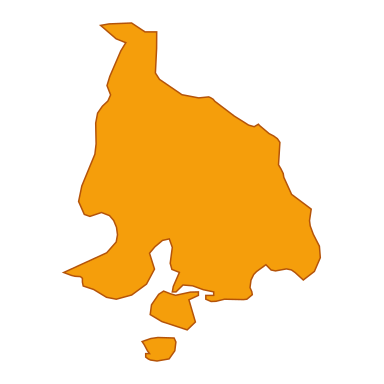 Valle, Mercator projection
{"feature_id": "HND-645", "entity_name": "Valle", "entity_type": "Department", "adm_level": 1, "iso_a3": "HND", "parent_name": "Honduras", "parent_adm1": "", "projection": "mercator", "projection_center": [-87.601, 13.55], "detail": "fine", "context": "isolated", "style": "filled", "palette": "amber", "viewbox_px": 384, "rotation_deg": 0, "n_neighbors": 0, "source": "natural_earth", "source_scale": "10m", "svg_char_len": 1754}
<svg xmlns="http://www.w3.org/2000/svg" viewBox="0 0 384 384"><path d="M89.9,216.4L84.3,214.4L78.6,201.5L81.8,186.0L94.9,154.2L96.1,143.9L95.7,123.1L97.6,113.1L102.4,106.2L107.9,101.0L110.6,94.9L107.0,85.6L109.8,76.4L120.8,50.9L125.8,42.7L116.1,38.8L100.6,25.4L109.1,23.9L131.6,23.0L145.0,31.9L156.7,31.9L156.6,48.4L155.4,73.0L159.5,79.4L181.9,94.7L198.7,97.9L208.7,96.9L210.6,97.7L213.2,99.3L214.8,101.3L234.3,116.1L248.6,125.1L254.2,126.7L258.4,124.2L259.5,125.5L269.1,133.6L273.7,136.0L277.4,138.7L279.9,142.4L278.5,164.8L281.0,169.0L283.2,173.5L283.8,177.3L291.6,194.4L311.2,209.1L309.5,220.6L310.2,225.9L313.3,234.3L319.4,246.2L320.3,257.7L314.4,271.4L303.3,280.0L295.2,272.6L291.4,269.9L286.4,268.9L275.5,270.9L271.1,270.0L265.9,264.7L256.6,271.5L253.7,274.5L251.0,280.1L250.0,287.6L251.8,291.7L252.3,294.7L246.9,299.2L243.5,299.6L224.5,299.2L216.0,301.3L211.1,301.5L205.8,299.2L205.8,295.4L213.7,295.4L213.7,291.9L203.3,289.7L192.6,285.8L183.0,285.0L176.0,291.9L172.3,291.9L173.3,286.4L179.4,272.4L171.9,269.4L170.2,263.3L172.3,247.4L169.3,238.9L162.5,240.4L154.9,246.8L149.5,253.2L154.5,269.1L146.5,284.1L131.7,295.0L116.3,299.2L106.5,297.3L93.7,289.5L83.2,286.0L82.4,282.1L82.4,278.3L80.4,276.6L75.1,276.3L71.4,275.4L63.7,272.5L106.7,252.8L116.2,242.0L117.5,234.8L116.5,227.3L113.7,220.5L109.5,215.6L101.5,212.5L89.9,216.4ZM170.2,293.7L175.6,295.3L190.4,292.1L198.4,291.9L198.4,295.4L188.9,299.8L195.4,322.0L187.2,329.9L161.9,321.6L150.2,314.6L151.5,304.8L158.7,294.3L163.6,291.1L170.2,293.7ZM174.1,338.0L175.9,342.0L174.8,350.8L169.1,358.9L157.0,361.0L150.4,360.0L148.1,358.9L145.7,357.1L145.7,353.6L149.5,353.6L147.4,350.7L144.1,344.5L142.1,341.5L150.9,338.5L157.9,337.5L174.1,338.0Z" fill="#f59e0b" stroke="#b45309" stroke-width="1.5"/></svg>